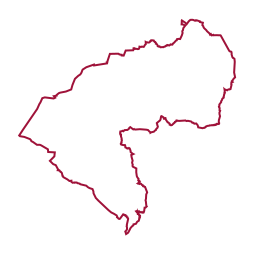 outline of Takhli, Nakhon Sawan, Thailand, rotated 88°
{"feature_id": "78962969B90565511373435", "entity_name": "Takhli", "entity_type": "district", "adm_level": 2, "iso_a3": "THA", "parent_name": "Thailand", "parent_adm1": "Nakhon Sawan", "projection": "orthographic", "projection_center": [100.411, 15.253], "detail": "fine", "context": "isolated", "style": "outline", "palette": "rose", "viewbox_px": 256, "rotation_deg": 88, "n_neighbors": 0, "source": "geoboundaries", "source_scale": "gbopen_adm2", "svg_char_len": 5782}
<svg xmlns="http://www.w3.org/2000/svg" viewBox="0 0 256 256"><g transform="rotate(88 128 128)"><path d="M233.9,133.6L232.6,131.5L230.2,130.1L228.1,129.0L226.4,127.4L225.5,126.1L224.5,125.9L224.0,123.4L222.0,122.1L221.0,120.4L219.7,120.1L219.4,119.9L218.4,120.0L218.1,119.7L218.2,119.4L217.9,119.2L216.5,119.7L216.3,119.0L216.0,119.0L215.0,120.1L214.3,120.4L214.3,121.2L213.7,121.2L213.3,120.5L212.6,120.9L212.7,121.6L212.2,121.7L212.5,121.8L212.4,122.1L211.5,122.8L211.4,122.5L211.7,122.0L211.3,121.5L211.8,120.6L211.6,120.0L212.0,119.8L212.2,119.0L212.7,118.3L212.6,117.8L212.9,117.2L212.5,116.8L213.2,116.0L213.0,115.3L211.4,114.7L208.2,114.2L208.2,113.3L207.0,112.0L206.4,112.4L202.1,112.7L200.9,113.0L199.3,112.5L195.0,112.1L193.0,111.1L187.5,113.0L187.4,113.5L186.8,114.0L186.9,114.7L186.7,115.0L185.7,115.2L185.4,116.1L184.4,116.7L184.1,117.2L184.0,117.5L184.3,118.3L183.9,118.6L184.0,119.5L183.7,119.5L183.6,119.9L183.3,119.5L183.6,119.2L183.2,119.1L183.2,118.9L182.3,119.0L182.5,118.7L182.1,118.2L181.9,118.4L181.3,118.4L180.6,119.6L179.3,119.2L177.6,120.4L176.3,120.9L172.5,121.3L168.7,121.1L166.9,124.4L166.5,124.7L165.7,124.8L164.9,124.5L163.8,124.9L162.5,125.1L160.9,124.5L157.2,125.4L155.1,125.7L154.2,123.6L153.7,124.5L152.1,126.2L150.6,126.3L148.5,127.0L148.1,127.6L148.4,127.8L148.2,128.6L148.5,128.8L148.5,129.5L147.7,130.4L147.3,131.3L145.6,131.4L144.9,131.7L145.0,132.5L144.7,134.2L144.4,134.5L144.4,135.0L143.9,135.3L144.0,135.6L143.6,135.8L142.0,134.9L141.8,135.1L139.9,134.5L139.4,134.8L138.2,134.7L136.2,135.3L134.3,135.2L134.2,135.9L132.8,136.1L131.2,135.8L131.1,134.5L130.6,133.7L131.1,132.7L130.0,131.6L129.9,128.6L128.9,127.2L127.8,126.6L127.2,125.7L129.6,122.8L129.3,122.1L129.5,122.0L129.8,120.6L129.6,116.2L130.3,109.9L130.7,108.1L132.2,106.8L132.9,105.9L133.6,105.8L133.1,104.9L132.6,102.3L131.2,100.8L131.0,100.2L130.2,100.0L128.7,98.5L127.4,98.1L126.3,98.6L125.2,98.7L124.7,99.0L124.0,99.0L121.5,95.7L120.5,95.2L117.5,94.5L117.3,94.0L118.6,92.2L120.0,91.8L120.0,91.2L119.4,90.6L119.4,90.2L119.8,90.1L120.4,90.2L123.7,88.2L123.7,87.8L125.1,86.2L126.1,86.3L126.8,84.9L126.5,83.8L125.8,83.2L125.4,82.5L124.8,82.2L124.6,81.6L124.1,81.0L123.5,80.9L123.0,79.5L122.2,79.4L122.1,78.9L122.5,78.2L122.7,76.5L122.5,70.3L122.7,70.1L123.1,69.1L122.9,67.9L123.7,64.7L124.2,64.1L124.8,63.8L125.1,63.1L125.1,62.4L126.0,61.6L125.9,59.6L127.8,58.2L129.8,57.8L130.8,53.5L130.4,52.0L130.5,51.4L130.0,51.0L129.7,50.3L129.3,50.2L128.7,48.7L128.5,46.7L128.2,46.2L128.3,44.9L128.0,43.9L128.3,43.1L128.0,42.6L128.2,42.0L127.8,41.6L128.0,41.1L127.7,40.6L128.0,40.3L127.8,39.8L127.5,39.9L126.9,39.1L127.2,37.7L127.1,37.0L126.9,36.8L126.2,36.7L125.4,37.1L123.3,36.9L119.4,35.6L117.3,36.1L115.8,36.1L114.0,35.3L113.5,35.9L111.2,35.7L110.7,36.2L109.7,36.4L109.2,35.9L107.7,35.9L105.4,34.0L104.6,34.0L103.1,33.0L102.0,32.7L101.0,31.3L100.4,31.5L99.1,30.9L98.5,31.0L96.3,30.0L96.1,30.4L94.6,30.0L92.7,30.2L93.0,29.9L93.0,29.3L93.8,27.6L93.3,27.1L92.8,25.6L93.0,25.2L92.7,24.2L88.4,23.0L88.0,23.3L86.3,23.1L85.7,21.8L84.8,22.6L83.4,21.3L82.5,20.8L81.1,19.2L76.3,20.0L65.6,19.0L62.6,19.2L61.7,20.2L61.6,20.7L60.8,21.2L58.1,21.9L56.8,21.8L55.6,22.0L55.3,22.3L54.9,23.7L54.3,24.2L38.8,32.1L38.6,32.3L38.3,36.5L38.3,39.5L37.9,39.6L38.3,41.2L37.0,41.9L37.6,42.7L36.3,43.3L34.0,45.7L33.0,46.3L30.9,48.4L29.9,49.0L28.9,49.2L27.8,50.1L25.4,49.5L24.6,52.4L24.0,52.3L22.9,55.2L22.7,56.1L23.0,56.3L22.9,56.7L23.1,56.8L23.0,57.7L22.4,58.7L22.1,59.8L22.1,61.9L23.5,63.6L26.2,65.7L24.6,67.3L22.4,70.4L22.9,70.6L23.3,70.5L26.3,70.8L26.4,69.8L27.5,67.1L30.1,69.2L32.2,69.7L32.8,70.2L33.7,70.4L34.9,70.1L37.4,71.0L40.9,72.8L40.7,74.4L40.9,75.9L42.0,76.2L42.1,76.7L42.4,77.1L44.4,79.0L45.3,80.3L46.0,80.5L46.3,81.0L45.9,82.6L46.5,83.1L47.0,84.0L46.4,85.4L46.6,86.3L47.1,86.4L47.2,87.3L47.5,87.5L47.6,88.0L48.0,88.3L48.2,89.6L48.5,90.0L48.3,91.1L48.5,92.5L48.3,93.0L47.5,93.6L47.7,94.6L47.3,95.4L46.9,95.3L45.8,95.9L45.2,96.3L44.8,97.1L44.3,96.9L43.1,97.7L43.2,98.1L42.9,98.4L42.1,98.8L41.8,99.4L41.4,99.4L41.1,101.2L41.3,101.6L41.3,102.0L41.8,102.1L41.8,102.3L42.0,102.4L42.0,102.8L42.9,103.2L43.3,104.0L43.3,105.3L43.0,105.9L43.1,106.5L42.6,107.3L44.8,107.3L45.6,108.2L47.4,109.3L47.5,109.8L47.1,111.2L47.4,111.6L47.4,112.5L47.1,113.7L49.0,114.1L49.4,114.6L49.5,115.5L49.2,116.5L49.2,118.4L48.6,118.5L48.4,119.1L48.5,119.7L49.9,119.8L50.5,120.1L50.5,127.6L55.5,129.8L55.3,131.8L54.6,131.8L54.2,134.1L53.7,134.5L53.4,135.2L53.3,143.5L60.3,146.1L61.7,146.4L61.7,146.9L62.7,146.8L64.3,159.7L63.4,159.8L65.8,167.5L68.0,171.2L68.6,171.6L71.1,172.6L72.8,173.8L74.1,175.9L77.0,179.3L83.1,182.0L87.5,183.4L89.4,188.8L90.3,194.5L90.7,195.8L92.5,198.2L93.2,198.2L93.6,200.9L95.2,199.7L95.9,201.3L94.5,210.1L95.2,212.6L99.5,214.7L100.9,215.7L105.8,218.1L126.0,233.0L131.7,237.0L132.4,236.3L133.3,231.9L135.7,226.3L136.8,225.4L137.8,225.0L138.7,223.4L141.6,219.6L141.7,216.7L142.3,215.4L146.5,208.8L149.2,208.6L149.8,202.0L153.8,202.6L158.1,207.2L161.5,204.0L162.6,201.5L166.8,199.4L167.7,199.7L167.8,198.5L168.1,198.3L168.0,198.0L169.5,197.0L169.5,196.6L170.8,195.6L173.4,195.2L173.4,194.9L174.8,194.4L177.3,190.3L178.9,188.4L178.7,186.4L179.9,186.4L180.8,185.2L180.6,183.7L180.8,183.3L180.6,183.1L180.7,181.1L181.4,180.4L181.5,179.5L182.0,178.1L182.3,178.0L182.6,177.5L184.2,171.7L185.7,170.2L186.7,168.6L187.8,165.6L190.1,164.8L192.1,164.7L196.8,162.6L199.7,160.0L209.4,150.4L211.8,147.7L213.2,145.1L215.0,142.4L216.5,141.8L216.9,142.0L217.2,141.5L218.3,140.6L218.6,139.9L218.4,139.2L214.1,135.8L214.4,135.1L214.7,135.1L215.1,134.1L215.0,133.6L215.8,133.5L215.9,133.1L216.3,132.8L216.2,132.5L217.0,132.3L217.2,131.8L217.6,131.9L218.1,131.2L218.8,131.0L224.9,132.6L225.6,132.5L226.2,132.8L227.1,132.5L229.0,132.5L230.5,133.3L231.3,134.3L233.9,133.6Z" fill="none" stroke="#9f1239" stroke-width="2"/></g></svg>